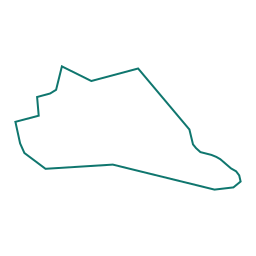 the border of Radece
{"feature_id": "SVN-980", "entity_name": "Radece", "entity_type": "Municipality", "adm_level": 1, "iso_a3": "SVN", "parent_name": "Slovenia", "parent_adm1": "", "projection": "orthographic", "projection_center": [15.163, 46.062], "detail": "fine", "context": "isolated", "style": "outline", "palette": "teal", "viewbox_px": 256, "rotation_deg": 0, "n_neighbors": 0, "source": "natural_earth", "source_scale": "10m", "svg_char_len": 422}
<svg xmlns="http://www.w3.org/2000/svg" viewBox="0 0 256 256"><path d="M45.5,168.8L24.4,153.0L20.1,143.4L15.4,121.8L38.7,115.7L37.1,97.0L50.1,93.5L56.1,89.8L61.9,66.4L91.3,81.0L138.1,68.5L189.4,129.5L193.0,144.4L196.1,148.2L200.4,152.1L211.4,154.9L216.3,156.9L220.3,159.2L231.0,168.4L236.1,171.3L239.2,175.4L240.6,181.5L233.4,187.4L214.5,189.6L112.8,164.6L45.5,168.8Z" fill="none" stroke="#0f766e" stroke-width="2"/></svg>